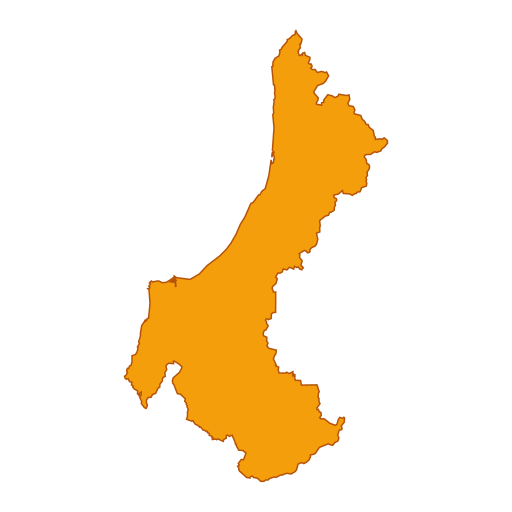 outline of Buller District, West Coast, New Zealand
{"feature_id": "76426892B83106555775362", "entity_name": "Buller District", "entity_type": "district", "adm_level": 2, "iso_a3": "NZL", "parent_name": "New Zealand", "parent_adm1": "West Coast", "projection": "orthographic", "projection_center": [171.97, -41.649], "detail": "fine", "context": "isolated", "style": "filled", "palette": "amber", "viewbox_px": 512, "rotation_deg": 0, "n_neighbors": 0, "source": "geoboundaries", "source_scale": "gbopen_adm2", "svg_char_len": 6062}
<svg xmlns="http://www.w3.org/2000/svg" viewBox="0 0 512 512"><path d="M295.9,30.7L295.4,31.4L295.0,34.7L292.6,35.4L289.5,38.5L287.1,39.8L287.3,41.3L282.0,47.4L281.2,49.3L279.5,50.2L279.9,52.2L279.0,55.8L275.0,58.4L273.0,62.0L272.8,66.2L271.8,66.7L273.5,84.8L274.5,85.0L274.9,91.2L274.5,93.4L275.1,95.7L275.1,98.2L273.7,99.9L274.2,100.9L273.3,107.3L273.7,113.1L272.8,114.6L274.0,127.9L272.4,150.5L274.0,152.2L273.2,153.9L274.4,157.2L274.3,159.5L273.9,158.5L273.5,162.4L271.9,163.6L271.1,159.9L268.8,175.8L265.2,188.7L261.9,191.2L259.9,194.8L258.6,194.9L253.2,202.4L250.8,203.5L244.9,217.0L240.4,224.2L236.0,234.4L230.7,243.5L226.1,249.6L219.8,255.9L207.2,265.5L199.3,274.0L190.1,279.4L176.6,277.7L174.4,276.2L175.1,279.8L175.3,279.2L175.8,280.0L175.1,279.9L175.3,280.5L176.7,280.0L175.4,280.9L176.0,286.1L175.5,286.3L175.1,281.6L174.8,282.3L170.4,281.8L171.9,280.7L173.7,281.2L173.1,280.2L174.6,280.8L174.0,279.8L174.3,278.1L174.0,276.3L174.0,277.0L171.7,279.0L166.4,282.3L162.3,282.7L158.4,280.9L152.3,281.9L151.4,281.0L150.0,282.1L149.5,283.0L150.2,283.1L150.4,284.3L148.8,286.0L149.7,286.6L149.7,288.0L147.8,288.6L149.0,289.7L150.0,303.6L148.6,318.1L147.1,318.6L146.8,320.1L145.2,320.0L144.7,321.0L145.4,321.5L143.8,322.4L141.7,325.6L140.3,334.0L140.6,335.2L138.6,342.1L139.5,343.2L137.4,347.0L138.0,347.4L137.8,349.1L136.9,352.2L135.4,354.6L132.0,355.7L132.0,361.4L131.1,365.3L129.5,366.0L128.7,368.5L127.5,368.3L126.8,369.7L126.8,371.9L127.4,372.4L127.0,373.6L125.6,375.8L124.5,376.2L125.2,378.3L126.4,379.3L128.2,378.6L129.5,381.7L131.8,382.1L131.5,385.0L133.3,386.2L132.8,387.1L134.2,388.9L137.7,391.0L137.5,393.5L138.6,393.9L138.1,394.3L138.6,395.1L139.6,394.9L138.9,393.8L141.2,392.1L141.1,395.3L139.5,396.8L141.7,401.6L141.3,403.5L144.4,407.7L146.2,408.4L147.4,405.4L146.3,401.8L146.6,399.7L148.5,397.4L151.0,397.4L152.4,394.6L155.7,393.3L158.1,388.1L159.7,387.3L159.9,384.2L162.2,381.2L162.8,377.6L165.3,376.4L164.8,372.6L166.8,369.5L166.0,366.9L166.4,365.1L168.7,363.2L173.6,363.7L173.3,361.4L174.1,361.0L179.5,364.4L181.9,366.9L181.8,367.9L179.5,372.3L173.2,377.9L172.4,380.6L172.7,383.0L174.0,384.9L177.4,393.7L180.3,394.1L185.3,398.8L184.7,401.3L186.5,403.2L186.2,404.4L187.3,405.7L187.0,406.8L188.2,409.2L187.4,412.4L187.5,416.4L186.5,419.3L191.8,421.2L192.8,420.6L194.9,423.9L199.1,426.3L199.5,427.2L200.6,427.0L203.2,430.2L204.9,430.4L206.3,431.7L207.4,431.4L207.8,432.9L209.3,433.4L209.2,435.3L211.9,436.2L211.7,437.0L213.0,437.8L212.2,438.8L212.3,439.5L215.9,439.1L216.8,439.7L217.9,438.9L223.2,441.4L223.9,439.4L226.2,438.2L226.4,435.4L227.8,435.2L229.4,436.4L232.1,435.2L235.4,442.9L235.3,444.0L236.3,444.5L236.3,445.7L238.8,450.2L242.7,450.5L246.0,453.0L243.5,459.8L241.3,459.4L238.3,463.4L239.2,465.1L237.6,466.2L238.9,468.2L238.8,469.7L239.5,471.1L246.7,477.5L250.0,478.0L250.1,477.0L252.0,476.0L253.7,477.5L257.6,478.3L260.7,481.3L263.9,481.3L265.6,480.0L268.3,479.9L269.6,478.5L274.1,477.0L276.3,477.3L281.0,474.8L282.5,475.1L284.6,473.9L287.3,473.3L291.1,474.0L295.1,471.6L296.5,469.9L298.1,464.0L301.7,462.6L303.8,463.6L306.3,462.3L309.1,459.9L310.5,456.8L310.3,455.1L315.1,453.7L319.4,447.4L328.1,443.9L332.6,445.4L335.0,442.4L337.7,441.1L338.4,439.7L338.9,437.9L337.7,435.3L338.8,431.2L339.8,429.8L341.1,429.9L342.1,428.9L341.3,425.8L344.1,422.5L344.6,418.0L343.8,417.3L342.4,418.3L339.8,417.4L338.3,419.5L336.9,424.3L335.4,425.3L329.9,423.3L324.3,418.9L321.1,418.9L319.6,417.7L321.3,415.4L320.9,412.4L319.4,411.9L318.3,409.3L317.1,409.6L316.9,407.9L320.0,403.7L319.0,401.7L318.9,398.2L318.1,397.4L318.5,393.0L319.2,391.8L317.0,384.9L301.4,385.1L300.6,380.5L295.5,380.3L294.7,378.3L295.0,376.0L292.6,375.9L292.7,374.9L294.4,374.5L292.7,373.4L292.9,371.7L289.1,373.6L286.7,372.2L285.5,373.1L279.2,373.1L278.2,370.1L278.7,367.1L275.6,365.8L276.2,365.0L273.4,358.9L274.9,355.0L275.9,353.8L276.3,350.1L268.8,348.3L266.9,345.9L268.0,343.1L266.7,341.2L266.8,337.2L263.7,335.9L263.1,333.9L264.1,330.7L265.9,330.0L268.2,325.8L266.5,323.2L266.5,321.6L265.5,320.3L265.9,319.1L266.9,318.7L268.4,319.7L271.2,318.5L271.4,314.0L273.2,312.5L275.6,312.4L275.7,292.0L273.6,292.1L272.1,288.2L272.6,286.5L276.0,283.5L277.3,278.6L275.6,277.2L277.9,273.1L280.1,273.1L282.3,271.9L283.2,269.0L286.9,269.9L289.5,267.2L293.7,269.1L294.4,266.3L296.8,267.5L298.4,267.0L299.8,269.1L301.7,269.8L303.3,267.7L300.9,265.1L302.2,260.9L299.6,257.6L299.8,254.7L299.1,253.7L304.3,250.4L306.6,251.5L307.4,252.8L309.4,252.4L310.1,251.2L309.8,249.6L311.9,247.5L315.1,246.1L316.5,244.3L317.8,239.2L316.4,233.2L319.8,231.9L319.7,227.7L320.2,225.7L319.6,220.6L325.4,216.0L328.4,215.3L329.8,212.2L331.2,212.2L334.2,210.2L334.4,207.1L335.5,205.3L334.9,202.1L336.5,200.9L336.7,199.5L336.3,198.5L334.2,197.7L333.8,195.1L338.2,194.1L342.5,190.6L343.3,193.5L349.6,193.9L352.4,195.4L354.4,193.8L356.2,193.5L357.1,192.2L360.1,191.7L361.6,187.7L366.4,186.0L366.8,183.0L365.9,181.5L366.7,179.7L365.9,177.7L367.4,175.6L367.1,172.2L369.1,169.1L369.6,166.7L368.9,164.5L366.8,163.5L366.1,159.3L364.3,157.1L364.7,155.6L365.8,154.6L370.6,154.4L374.5,151.8L376.8,152.4L380.8,150.9L381.7,149.0L384.8,146.6L387.5,143.1L387.4,140.5L384.1,137.8L382.2,139.4L380.7,138.8L375.4,139.4L375.4,137.5L374.1,135.5L373.3,130.5L369.2,127.3L368.2,124.6L366.2,124.4L364.7,121.4L362.2,119.2L360.8,115.5L354.3,113.7L354.0,112.4L354.9,110.1L353.3,106.5L349.0,105.7L347.8,103.2L349.8,99.5L349.0,94.9L346.2,95.5L338.9,94.2L338.0,96.1L334.9,97.6L332.6,96.0L327.8,94.7L323.6,100.3L323.8,102.2L321.6,102.8L321.5,105.2L316.5,104.2L316.3,102.8L317.7,100.6L318.3,97.9L314.5,93.6L313.8,91.8L317.6,85.5L323.0,83.6L325.5,81.3L328.6,75.9L326.6,72.0L325.2,72.6L321.7,71.4L317.3,72.5L315.1,69.4L312.9,69.7L311.4,68.9L310.7,68.1L311.9,67.0L312.0,65.7L311.0,63.9L309.6,64.1L308.3,62.8L309.9,59.5L309.9,57.3L305.4,55.4L304.6,52.5L302.7,53.1L302.3,55.1L301.6,54.3L300.0,55.6L299.0,55.1L298.1,51.7L298.7,51.1L298.4,50.2L300.3,48.0L299.9,44.9L300.8,44.1L300.3,43.7L301.5,42.0L302.0,39.1L297.1,33.4L295.9,30.7ZM271.9,157.3L272.7,153.7L272.5,152.1L271.9,154.5L271.9,157.3Z" fill="#f59e0b" stroke="#b45309" stroke-width="1.5"/></svg>